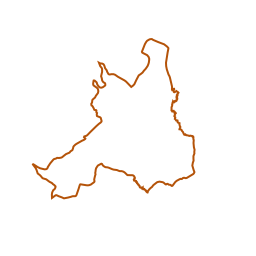 the district of Tao Ngoi, Sakon Nakhon, Thailand, rotated 20°
{"feature_id": "78962969B89728183001998", "entity_name": "Tao Ngoi", "entity_type": "district", "adm_level": 2, "iso_a3": "THA", "parent_name": "Thailand", "parent_adm1": "Sakon Nakhon", "projection": "robinson", "projection_center": [104.177, 16.947], "detail": "fine", "context": "isolated", "style": "outline", "palette": "amber", "viewbox_px": 256, "rotation_deg": 20, "n_neighbors": 0, "source": "geoboundaries", "source_scale": "gbopen_adm2", "svg_char_len": 5781}
<svg xmlns="http://www.w3.org/2000/svg" viewBox="0 0 256 256"><g transform="rotate(20 128 128)"><path d="M196.2,157.3L196.6,156.4L197.6,155.6L199.3,155.4L199.9,155.1L200.4,154.7L205.1,148.9L205.4,148.0L205.5,146.7L204.1,145.1L201.3,141.3L200.8,138.4L200.8,136.3L199.9,134.2L199.1,132.0L199.1,129.2L198.5,127.9L198.0,125.7L196.5,123.5L194.7,119.7L194.0,117.2L193.8,116.7L193.1,115.9L192.8,114.7L192.5,114.4L192.4,114.0L192.2,113.7L191.6,113.6L191.4,113.9L191.1,113.6L190.9,113.7L189.4,113.8L188.8,114.3L188.3,114.3L188.1,114.5L187.7,114.5L186.6,114.5L185.6,114.8L184.5,114.5L184.4,114.7L184.0,114.5L183.9,114.8L183.7,114.8L183.5,115.0L183.3,115.1L182.2,114.3L181.2,113.1L179.6,112.2L179.0,111.5L178.3,111.3L176.8,111.6L176.7,111.1L176.9,109.2L176.7,108.9L176.0,108.4L174.9,106.7L174.8,105.9L173.0,105.8L172.6,105.5L172.3,105.0L172.3,104.6L171.9,104.0L171.5,104.1L171.1,104.4L170.7,104.5L169.4,103.5L168.9,103.4L168.8,102.6L168.9,102.3L168.8,101.8L168.0,101.4L167.8,101.0L167.5,100.9L167.6,100.4L167.5,100.2L167.7,99.7L167.4,99.4L167.3,98.7L167.5,98.4L166.9,98.1L167.6,97.5L167.5,97.4L166.8,97.4L166.5,97.5L166.4,97.3L166.6,97.0L166.2,96.7L165.7,96.6L165.2,96.7L164.9,96.3L164.5,96.5L164.7,96.8L164.6,97.0L164.4,97.1L164.1,96.9L163.9,97.2L163.7,97.0L163.2,96.9L162.7,96.4L162.6,95.7L161.9,93.9L161.8,93.1L161.9,92.3L161.7,91.2L161.3,90.6L161.5,90.0L161.4,89.5L161.4,89.3L161.2,89.0L161.3,88.5L161.2,88.3L161.2,88.0L161.5,87.9L161.4,87.6L161.6,87.7L161.6,87.4L161.8,87.4L161.8,87.7L162.0,87.4L162.3,87.4L162.6,87.6L162.8,86.7L163.3,86.6L163.2,86.2L163.3,86.1L163.6,86.3L163.7,85.8L164.2,85.8L164.3,84.6L164.4,84.1L164.2,83.5L163.5,83.2L163.8,82.8L163.6,82.6L163.4,82.6L163.2,82.3L163.5,82.2L163.4,81.9L163.4,81.7L162.6,80.5L162.7,80.2L163.2,80.1L163.1,79.9L162.8,79.8L162.7,79.5L163.1,79.1L163.1,77.9L163.3,77.6L162.4,77.1L162.1,77.2L160.8,76.7L159.6,78.4L159.2,78.6L158.8,78.5L158.3,78.1L158.2,77.7L158.0,76.8L158.2,75.8L157.9,75.4L157.0,75.8L157.0,76.3L156.8,76.9L156.5,77.2L156.3,77.0L156.1,76.7L155.4,74.5L155.0,73.7L150.1,66.2L149.2,65.1L147.8,63.9L144.4,59.6L142.7,56.8L141.4,53.7L139.4,43.5L138.8,39.6L138.5,39.0L136.8,38.1L133.3,37.0L126.7,36.9L121.3,36.6L120.4,36.3L119.6,36.4L118.4,37.0L117.8,37.5L116.2,39.4L115.7,40.7L115.2,43.4L115.0,51.6L115.5,52.2L116.2,52.4L121.1,53.0L123.1,54.2L124.2,55.6L124.6,56.7L125.2,59.4L125.3,61.4L125.2,63.1L124.7,65.1L124.3,66.5L123.4,68.6L122.7,71.0L121.4,73.1L120.1,74.9L119.4,80.1L119.0,84.7L118.2,86.5L117.0,88.3L111.9,85.8L110.2,85.0L108.5,84.5L101.0,83.3L97.7,82.4L96.0,82.4L93.8,83.2L92.9,83.8L92.1,84.1L91.2,84.0L89.1,82.2L88.3,81.1L86.1,79.7L84.5,77.6L83.4,76.6L82.8,76.4L81.7,76.3L79.9,76.8L78.4,76.6L80.8,79.4L82.8,80.6L83.5,81.5L84.5,84.2L85.0,88.5L86.4,90.3L87.5,92.2L88.5,93.0L89.5,93.5L90.6,93.6L91.2,93.9L91.6,94.5L92.0,95.4L92.0,95.8L91.7,96.4L90.3,98.4L89.0,99.3L87.8,99.5L87.0,99.3L85.2,98.4L83.8,97.1L83.3,96.3L82.8,95.8L80.6,94.9L79.9,94.9L79.5,95.1L79.5,95.5L80.0,98.0L80.3,98.8L80.7,99.4L81.2,99.8L84.8,100.8L85.7,101.2L86.5,101.8L87.5,103.5L87.8,105.2L87.7,105.8L86.8,108.7L86.6,110.6L85.0,113.5L85.0,114.3L85.5,116.4L85.2,117.8L85.3,118.1L86.0,119.3L86.8,119.4L87.4,119.8L88.8,121.0L90.1,122.4L90.8,122.4L91.9,122.1L92.3,122.3L92.8,123.9L93.2,124.3L93.8,124.5L94.0,126.0L94.7,127.3L95.3,127.4L98.3,127.5L98.9,127.8L100.7,130.3L100.9,131.0L100.8,131.3L100.4,132.3L99.2,134.1L97.5,137.3L93.9,144.8L92.4,148.2L91.7,149.4L89.8,150.9L89.8,151.7L91.5,152.4L91.6,152.5L91.5,153.0L90.5,154.4L89.3,155.5L85.2,160.3L84.3,161.5L83.3,163.5L83.1,164.1L83.3,166.1L83.3,167.7L83.1,168.1L82.0,169.5L81.4,171.2L78.7,173.7L77.2,176.1L76.2,177.8L75.8,178.3L75.2,178.8L73.4,179.8L71.6,180.3L70.6,181.5L69.5,182.2L68.9,182.8L68.5,183.7L67.0,187.8L66.0,192.1L66.1,192.5L66.0,193.3L65.6,194.3L65.0,194.8L63.7,195.4L59.2,195.9L56.4,195.6L52.2,194.6L50.5,194.4L55.0,197.3L56.4,198.7L58.7,201.6L61.3,202.4L62.9,203.2L64.3,204.1L65.3,204.4L68.5,204.2L69.1,204.3L71.6,205.1L73.1,205.5L74.1,205.5L74.6,205.7L75.6,205.8L76.6,206.4L78.5,206.9L79.0,207.3L79.7,207.5L80.0,207.9L80.1,208.5L80.1,209.6L79.8,210.9L79.2,211.6L79.0,212.2L78.8,214.5L79.2,216.5L80.5,219.7L82.9,216.1L83.4,215.7L83.9,215.6L86.2,215.8L89.6,215.8L91.9,216.0L95.4,213.9L98.0,212.1L99.2,211.1L101.6,210.2L102.2,209.7L102.5,208.6L102.4,202.2L102.2,198.2L102.4,197.3L102.9,197.1L108.6,196.0L109.9,195.6L110.9,195.1L112.4,193.9L114.6,190.6L114.8,189.9L114.7,189.5L113.8,187.8L113.4,184.4L113.3,182.6L112.6,181.5L112.4,180.2L111.9,178.1L111.8,176.7L112.3,174.4L112.6,173.5L115.1,170.7L115.9,170.7L117.2,171.8L117.9,172.0L119.1,172.4L120.3,172.5L122.2,172.0L123.5,171.9L127.3,172.1L128.8,172.0L131.9,171.3L134.6,171.4L135.2,171.3L136.8,170.7L138.2,170.6L139.1,170.7L140.3,171.0L143.4,172.4L143.8,172.4L148.2,170.9L149.0,170.8L150.2,171.2L151.4,172.3L151.5,172.6L151.3,172.9L151.5,173.1L151.3,173.5L151.5,173.7L151.1,174.5L151.3,174.8L151.7,174.8L151.8,175.3L152.4,175.3L152.6,175.2L152.9,175.2L153.7,175.0L154.2,175.5L154.3,176.0L154.8,175.9L154.9,176.3L155.6,176.6L155.6,176.9L156.1,176.9L156.5,177.4L157.1,177.5L157.3,177.9L157.6,177.8L158.1,178.3L158.6,178.4L158.8,179.0L159.5,179.7L160.2,179.5L160.6,179.7L160.9,179.4L161.6,179.0L161.6,179.5L162.1,179.6L162.2,180.0L162.4,179.9L162.5,179.4L162.7,179.8L162.5,180.1L163.0,180.3L163.1,180.0L163.6,180.1L164.2,179.7L165.2,180.4L165.6,180.4L165.9,180.6L166.3,180.6L166.4,181.0L167.2,180.9L167.4,181.7L168.3,182.0L168.5,181.9L168.5,181.7L168.2,181.3L168.3,180.8L168.9,178.5L169.8,176.6L170.8,175.0L171.2,173.4L171.8,172.3L173.9,169.0L174.4,168.6L176.0,167.6L179.0,167.1L180.0,167.1L182.3,168.0L182.7,168.1L183.2,167.9L183.6,167.3L184.4,166.9L185.6,167.3L187.5,166.9L188.7,167.5L189.3,167.3L189.6,166.9L190.9,162.6L191.8,161.0L194.0,158.5L194.8,157.8L195.6,157.7L196.2,157.3Z" fill="none" stroke="#b45309" stroke-width="2"/></g></svg>